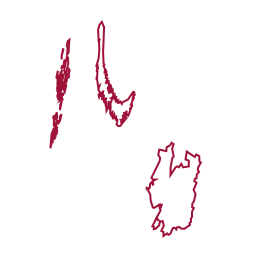 outline of Arkhangel'sk, rotated 281°
{"feature_id": "RUS-2354", "entity_name": "Arkhangel'sk", "entity_type": "Region", "adm_level": 1, "iso_a3": "RUS", "parent_name": "Russia", "parent_adm1": "", "projection": "natural_earth1", "projection_center": [52.194, 71.252], "detail": "fine", "context": "isolated", "style": "outline", "palette": "rose", "viewbox_px": 256, "rotation_deg": 281, "n_neighbors": 0, "source": "natural_earth", "source_scale": "10m", "svg_char_len": 5842}
<svg xmlns="http://www.w3.org/2000/svg" viewBox="0 0 256 256"><g transform="rotate(281 128 128)"><path d="M33.3,180.3L39.0,181.8L43.3,179.8L42.3,178.1L42.7,177.1L38.4,177.2L34.2,174.2L33.6,172.6L35.9,172.3L36.1,170.7L45.7,173.2L43.7,173.7L43.5,174.8L46.1,173.4L53.0,175.6L55.3,175.2L54.4,175.2L54.9,174.6L56.9,175.5L59.0,175.7L58.4,174.1L59.1,173.8L54.6,169.0L54.8,167.5L61.1,164.1L67.0,162.5L70.6,159.6L73.5,160.3L72.7,160.8L77.4,160.4L79.8,161.9L77.2,163.1L77.6,163.5L78.5,164.1L77.8,163.3L80.6,162.4L82.6,164.9L82.2,162.2L83.6,160.5L101.2,165.3L104.7,165.3L107.5,162.8L112.8,162.9L112.6,170.0L116.4,169.6L119.2,172.8L121.8,173.6L120.8,175.9L116.2,175.3L108.7,178.3L106.9,177.2L97.3,177.4L89.8,178.7L98.5,182.2L99.7,183.7L99.2,185.5L103.0,187.1L99.9,189.6L101.9,195.0L107.6,193.9L108.1,190.5L116.1,190.2L112.3,199.1L115.0,200.0L114.0,203.3L108.7,204.5L108.1,206.1L102.6,204.4L100.2,204.5L98.5,206.1L95.7,204.4L91.6,204.8L91.1,203.5L88.5,203.2L87.4,205.7L79.8,204.2L76.2,206.9L68.9,206.8L65.9,205.6L62.5,206.1L62.0,207.9L58.2,206.8L53.0,207.8L51.0,207.0L48.0,207.8L46.6,206.5L44.6,207.3L39.8,202.5L39.4,199.5L40.7,196.9L39.6,194.9L37.7,194.8L38.9,192.8L38.5,191.2L32.2,189.7L30.9,188.0L32.0,186.6L28.8,183.4L32.7,182.7L33.3,180.3ZM160.1,96.7L153.5,95.9L158.3,94.8L152.8,93.8L154.8,92.8L157.4,93.8L160.3,91.5L164.3,92.0L162.8,90.8L170.8,88.1L178.8,87.1L177.0,86.8L178.3,86.4L181.5,86.3L179.5,87.1L181.0,87.1L183.2,86.3L181.8,86.0L182.8,85.1L190.9,85.9L199.7,84.9L207.4,83.0L210.3,83.3L208.8,82.3L218.8,79.9L223.8,80.3L227.2,82.1L222.8,84.9L223.5,85.1L197.1,89.2L186.8,91.7L185.6,92.8L184.4,92.0L181.4,94.2L176.9,94.4L181.3,95.0L178.5,95.5L179.5,95.9L179.0,96.2L174.6,95.9L176.7,96.8L176.1,97.4L172.2,96.3L173.4,97.0L172.2,97.0L173.0,97.2L172.6,98.5L167.1,97.5L169.7,98.6L170.3,100.0L167.8,100.1L169.2,100.7L167.1,100.7L166.9,101.9L163.4,100.4L161.9,101.2L165.7,102.4L165.1,102.6L165.9,103.2L164.8,103.8L162.7,102.9L157.9,102.6L162.5,103.1L164.1,104.2L162.6,105.1L159.0,104.2L162.0,105.8L159.1,106.5L159.0,107.4L155.5,107.1L154.3,105.9L154.3,106.9L148.4,105.9L144.6,106.8L143.3,106.4L146.2,104.7L150.9,103.9L144.7,104.8L140.9,103.6L147.7,102.0L146.5,101.6L148.9,100.5L153.8,101.0L149.2,99.8L153.1,99.6L150.1,99.0L151.0,98.5L156.2,98.1L152.5,97.9L151.8,96.9L160.1,96.7ZM128.0,118.3L129.2,116.1L133.6,116.2L134.4,115.6L133.9,114.6L136.6,114.2L135.5,113.2L137.9,112.3L135.9,112.0L138.6,111.9L133.7,111.3L139.6,110.1L138.2,109.5L139.6,109.2L138.0,108.5L139.2,107.6L144.2,107.2L148.6,106.1L157.3,107.5L158.2,108.3L153.7,108.8L157.6,108.9L157.0,109.2L152.6,109.5L156.3,109.5L156.2,110.6L151.9,110.7L154.6,111.7L152.7,111.5L153.3,112.0L152.7,112.7L150.6,112.4L152.2,113.2L149.8,113.4L151.8,113.5L151.3,114.5L152.5,115.3L150.5,117.4L152.2,117.6L155.9,122.5L165.1,126.5L163.9,126.4L164.5,126.7L164.1,127.5L159.8,126.8L163.1,127.8L156.5,126.7L159.3,127.6L158.5,128.0L151.8,126.4L152.2,127.1L150.4,127.9L146.5,125.8L148.0,127.2L140.6,126.0L139.2,125.5L141.6,125.7L140.4,123.7L144.8,123.5L140.1,122.4L143.0,120.9L139.9,122.1L138.9,121.0L140.0,120.3L136.7,121.4L135.1,120.9L134.7,119.6L133.9,120.8L133.1,120.0L132.3,120.3L133.1,120.8L130.5,121.0L128.7,120.1L128.0,118.3ZM129.9,55.0L125.9,56.2L119.1,56.5L119.8,57.0L114.6,57.1L113.4,57.7L116.0,58.4L112.9,58.3L112.0,59.0L108.0,59.2L110.5,58.3L105.2,58.5L102.6,57.7L110.8,57.5L108.0,57.0L111.4,56.9L106.8,56.7L116.5,56.3L119.2,55.0L115.3,54.9L122.2,53.7L123.3,53.8L120.9,54.1L125.5,53.7L126.5,54.2L122.2,54.9L129.9,55.0ZM186.2,54.4L185.8,55.6L180.2,57.0L172.6,56.8L170.4,56.2L171.1,56.0L170.2,55.4L172.7,54.3L186.2,54.4ZM187.7,54.3L195.7,53.3L196.8,52.2L199.1,52.0L201.9,52.4L203.4,53.6L191.1,55.2L187.7,54.3ZM107.1,55.8L99.8,56.8L99.7,55.9L93.3,55.7L107.7,54.1L114.3,55.4L108.9,54.7L106.4,55.4L107.1,55.8ZM161.4,58.8L158.1,56.5L170.7,57.5L165.9,57.6L164.3,57.9L166.1,58.6L161.4,58.8ZM149.6,53.4L144.5,53.2L145.8,52.5L153.0,53.0L162.1,54.5L158.6,55.2L156.5,54.4L149.6,53.4ZM151.6,59.0L153.8,57.4L158.6,57.3L159.3,58.3L158.3,59.2L151.6,59.0ZM151.0,52.0L149.8,51.5L155.7,51.6L154.6,50.8L156.6,50.8L162.9,51.4L151.0,52.0ZM141.6,57.9L132.6,57.8L137.7,57.0L141.6,57.9ZM174.3,53.3L177.4,52.7L183.2,52.6L179.5,53.7L174.3,53.3ZM160.1,53.9L157.7,53.1L153.4,52.7L165.1,53.7L160.1,53.9ZM166.4,50.7L156.7,50.4L162.2,49.7L166.4,50.7ZM152.9,54.5L147.0,55.0L142.2,54.4L152.9,54.5ZM138.8,122.8L137.5,124.7L132.7,122.1L135.9,121.4L138.8,122.8ZM170.8,48.2L162.7,48.9L164.0,48.1L170.8,48.2ZM154.8,55.6L149.9,55.0L158.0,55.2L154.8,55.6ZM174.4,59.7L168.1,59.5L172.2,58.8L174.4,59.7ZM192.2,49.6L184.9,49.0L193.9,49.2L192.2,49.6ZM166.6,54.8L162.7,54.4L169.1,54.3L166.6,54.8ZM126.2,59.0L128.9,60.1L121.0,59.8L126.2,59.0ZM167.0,53.0L165.5,53.6L162.7,52.9L163.9,52.5L167.0,53.0ZM122.6,58.4L120.1,59.2L118.3,58.6L122.6,58.4ZM141.2,56.6L142.2,56.2L141.7,55.7L144.8,56.5L141.2,56.6ZM169.0,51.4L165.9,51.2L170.8,51.2L169.0,51.4ZM158.1,52.2L162.9,51.7L163.9,51.9L158.1,52.2ZM123.5,52.8L122.8,52.7L126.1,52.6L122.9,53.1L123.5,52.8ZM58.5,175.1L57.0,175.4L56.1,174.8L54.7,174.5L57.0,174.3L57.7,174.9L58.5,175.1ZM150.4,57.6L149.0,58.1L147.3,57.9L149.3,57.5L150.4,57.6ZM145.7,56.5L146.5,57.1L144.4,57.1L145.7,56.5ZM144.5,57.8L143.3,58.4L142.9,57.9L143.4,57.6L144.5,57.8ZM58.3,174.8L56.1,173.9L58.0,173.8L58.3,174.8ZM177.0,51.5L176.4,51.7L173.2,51.4L174.2,51.3L177.0,51.5ZM147.6,56.7L145.6,56.3L148.1,56.5L147.6,56.7ZM167.3,59.8L168.7,60.3L165.3,60.1L167.3,59.8ZM182.6,49.5L185.2,49.6L185.5,49.7L182.6,49.5ZM72.7,157.6L73.6,158.5L72.2,157.8L72.7,157.6ZM169.3,51.9L172.8,52.2L168.8,52.0L169.3,51.9ZM165.9,49.7L164.8,49.6L167.0,49.4L165.9,49.7ZM169.7,87.8L172.7,87.4L169.5,87.9L169.7,87.8ZM160.4,127.5L162.7,128.1L161.8,128.3L160.4,127.5ZM147.6,56.9L149.0,56.8L149.1,57.0L148.4,57.2L147.6,56.9ZM175.0,58.4L175.8,58.7L174.1,58.5L175.0,58.4ZM138.8,121.7L139.8,122.3L138.4,121.7L138.8,121.7Z" fill="none" stroke="#9f1239" stroke-width="2"/></g></svg>